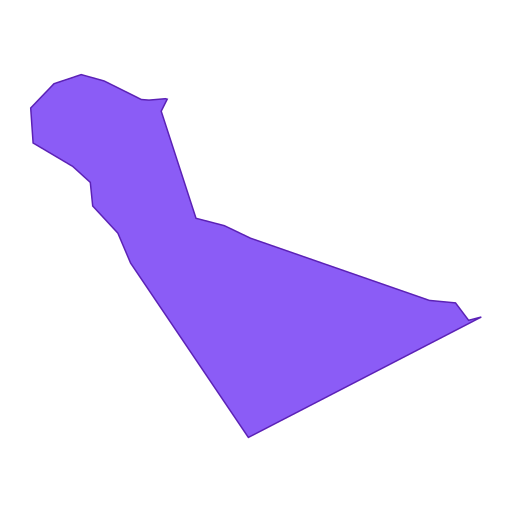 the district of Capital Hill, Castries, Saint Lucia
{"feature_id": "8701671B59019630539263", "entity_name": "Capital Hill", "entity_type": "district", "adm_level": 2, "iso_a3": "LCA", "parent_name": "Saint Lucia", "parent_adm1": "Castries", "projection": "robinson", "projection_center": [-60.991, 13.993], "detail": "fine", "context": "isolated", "style": "filled", "palette": "violet", "viewbox_px": 512, "rotation_deg": 0, "n_neighbors": 0, "source": "geoboundaries", "source_scale": "gbopen_adm2", "svg_char_len": 430}
<svg xmlns="http://www.w3.org/2000/svg" viewBox="0 0 512 512"><path d="M481.3,317.0L468.6,320.3L455.5,302.9L429.3,300.4L250.5,238.2L224.4,225.7L196.0,218.3L161.2,111.2L167.2,99.2L165.5,98.7L149.0,100.1L141.3,99.5L104.2,81.0L81.2,74.6L54.0,83.7L30.7,108.0L33.1,143.0L70.8,165.3L72.6,166.3L90.3,182.4L92.7,206.0L117.9,233.2L130.6,263.1L247.8,436.6L248.4,437.4L481.3,317.0Z" fill="#8b5cf6" stroke="#5b21b6" stroke-width="1.5"/></svg>